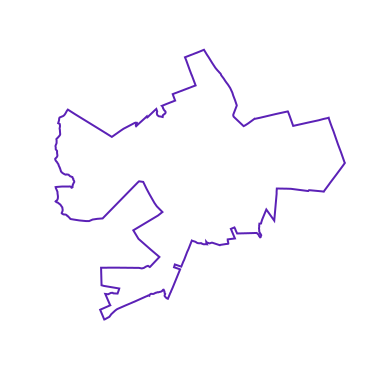 Botoroaga, Teleorman, Romania (orthographic projection), rotated 11°
{"feature_id": "2599482B64506943776635", "entity_name": "Botoroaga", "entity_type": "district", "adm_level": 2, "iso_a3": "ROU", "parent_name": "Romania", "parent_adm1": "Teleorman", "projection": "orthographic", "projection_center": [25.528, 44.138], "detail": "fine", "context": "isolated", "style": "outline", "palette": "violet", "viewbox_px": 384, "rotation_deg": 11, "n_neighbors": 0, "source": "geoboundaries", "source_scale": "gbopen_adm2", "svg_char_len": 5835}
<svg xmlns="http://www.w3.org/2000/svg" viewBox="0 0 384 384"><g transform="rotate(11 192 192)"><path d="M78.1,241.7L81.5,241.6L86.8,241.4L93.1,240.8L96.5,240.2L99.7,238.0L104.2,236.4L109.3,235.0L133.5,198.2L137.2,192.6L138.0,191.6L142.2,191.4L146.6,197.3L150.5,202.1L157.2,209.9L160.2,212.8L166.8,217.3L163.1,221.6L141.7,240.8L148.4,248.2L162.1,256.2L172.4,262.0L165.1,273.5L164.9,273.7L162.9,272.9L161.3,273.8L159.1,275.8L157.3,276.6L154.5,276.6L130.6,281.0L117.2,283.7L121.0,300.8L123.5,301.0L139.0,300.6L138.9,302.0L138.3,305.9L134.1,306.5L133.4,306.1L131.7,306.5L129.2,308.4L126.3,308.6L132.8,318.1L133.4,318.8L124.3,325.1L130.2,333.9L130.6,333.7L134.7,330.3L136.1,327.3L139.1,323.2L140.5,321.6L141.5,320.8L148.0,316.3L157.6,309.8L167.4,302.9L168.4,302.4L168.8,301.8L169.3,301.7L169.9,301.9L169.9,301.4L170.2,300.8L170.7,300.2L171.3,299.7L172.8,299.6L173.8,299.3L174.6,298.6L175.1,298.3L175.4,297.9L175.9,297.8L176.5,297.5L177.1,297.0L177.9,297.0L178.6,296.6L180.4,295.8L181.1,295.3L181.5,294.8L181.9,294.6L182.0,294.4L181.9,294.2L182.1,293.8L182.4,293.4L182.8,293.3L183.0,293.5L183.1,293.8L183.7,294.5L184.1,295.3L184.3,296.3L184.7,296.7L185.1,297.0L185.1,297.6L184.8,298.5L185.0,299.3L185.4,299.7L186.8,300.8L187.3,300.9L187.7,301.2L188.7,301.4L189.2,299.0L190.0,295.0L190.3,294.2L190.4,293.3L191.2,289.9L195.1,270.2L188.7,269.3L189.0,266.4L195.7,267.3L196.7,262.1L197.2,260.3L198.7,251.7L199.4,248.9L201.1,239.7L201.4,239.8L204.7,240.2L205.4,240.4L205.7,240.6L206.5,240.9L207.5,241.1L209.3,240.9L210.1,240.6L210.9,240.5L211.0,240.7L213.2,241.1L214.0,241.0L215.5,240.6L216.6,240.5L216.3,240.1L215.8,239.1L215.5,238.1L216.0,238.5L216.3,238.9L217.8,238.9L218.7,239.1L218.9,239.1L219.4,238.9L221.0,238.0L221.5,237.9L229.4,238.9L229.5,238.7L230.8,238.2L235.5,236.5L236.3,236.3L236.9,236.1L237.4,235.9L237.5,235.8L237.5,235.6L236.9,234.0L236.4,233.1L236.1,231.7L243.0,229.4L237.2,220.8L240.1,218.9L240.4,218.7L241.5,220.1L242.1,221.2L244.2,224.1L254.2,221.9L258.7,220.9L263.1,219.9L263.6,220.0L264.6,220.7L265.3,220.9L266.0,222.1L267.5,223.5L267.8,223.4L268.0,223.1L267.9,222.4L268.2,221.7L268.2,221.2L267.6,220.4L266.5,219.3L265.7,218.2L265.4,217.6L265.3,216.7L264.7,214.9L264.6,213.1L264.3,212.1L264.3,211.3L264.2,210.2L264.8,210.1L265.8,209.7L265.8,208.7L266.0,206.9L266.1,205.9L268.3,195.0L278.2,204.4L275.4,177.6L275.0,175.6L274.6,172.4L284.8,170.6L288.5,170.0L305.7,168.9L306.0,168.8L306.4,168.0L307.1,167.8L319.3,166.6L321.3,166.5L321.6,165.6L324.9,158.7L325.9,156.5L330.4,147.3L334.7,138.3L335.9,135.7L336.5,134.3L336.3,134.1L335.9,133.5L330.7,124.6L326.3,117.5L322.7,111.3L319.3,105.4L317.2,102.1L314.8,98.1L312.5,94.1L312.0,93.0L310.7,93.7L307.4,95.1L302.7,97.4L292.2,101.9L278.7,107.8L273.2,98.5L270.9,94.8L270.7,94.6L259.1,99.6L244.7,106.1L239.5,108.3L239.4,108.2L239.1,108.5L238.1,109.6L234.0,114.0L231.7,116.2L230.5,117.2L230.1,117.5L223.8,113.5L218.5,110.1L218.2,109.6L217.8,108.7L217.8,108.3L217.8,107.9L219.3,99.5L219.4,99.0L219.4,98.4L216.8,93.8L214.1,89.5L212.6,86.7L209.6,82.6L206.6,79.5L205.2,78.3L203.4,76.6L201.5,74.6L198.7,72.1L198.3,71.7L198.0,71.0L197.8,70.8L197.3,70.3L196.8,69.9L196.4,69.7L194.9,68.5L194.0,67.9L191.9,66.2L191.1,65.5L187.2,61.5L182.5,56.4L180.4,54.3L176.6,50.1L172.7,52.7L159.4,61.1L161.3,64.0L164.7,69.7L166.2,72.2L169.4,77.4L169.5,77.4L175.2,86.7L154.4,99.6L155.4,101.3L158.0,105.5L150.1,110.5L146.0,113.2L146.5,113.5L146.7,113.8L147.5,114.9L147.6,115.3L148.2,115.9L148.5,116.5L149.1,117.0L150.4,117.9L150.6,118.1L150.8,118.6L150.9,118.9L150.9,119.4L150.7,119.9L150.5,120.3L150.1,120.5L149.7,121.2L149.2,121.7L149.0,121.9L148.8,122.2L148.8,122.8L148.9,123.8L148.9,124.0L148.6,124.0L147.3,123.9L145.0,124.0L144.7,123.9L143.3,123.1L143.1,122.8L142.8,122.3L142.4,121.2L142.3,120.6L142.5,119.9L142.5,119.7L141.1,117.3L139.6,119.3L135.5,125.1L133.9,127.4L133.7,127.4L133.2,126.4L131.7,128.5L126.5,135.4L124.6,138.1L124.3,137.8L124.1,137.1L124.1,136.8L124.3,136.7L124.3,136.4L124.7,135.7L124.6,134.9L124.6,134.6L123.4,134.7L122.8,135.1L122.6,135.1L112.7,143.0L110.4,145.3L102.8,153.2L90.2,148.4L62.5,138.0L54.4,134.8L53.7,136.2L52.7,139.3L52.0,140.8L51.5,141.5L50.9,142.1L48.0,144.0L47.8,144.2L47.6,145.1L47.8,147.1L47.5,150.0L49.1,150.4L49.6,151.5L49.9,153.0L49.9,154.8L50.0,155.3L50.4,156.0L50.6,156.8L50.9,158.0L51.5,160.1L51.6,160.5L51.5,161.3L51.0,162.4L49.7,164.6L48.9,165.6L48.8,165.9L48.9,166.4L49.2,167.0L49.7,169.6L49.7,170.2L49.3,172.1L49.2,172.9L49.3,173.2L49.8,174.5L50.0,175.8L50.2,176.2L51.5,177.2L51.7,177.6L51.8,177.8L51.9,178.5L52.1,179.5L52.9,181.7L52.9,182.7L52.8,183.1L52.3,184.1L51.4,185.4L51.4,185.8L52.0,186.9L53.0,187.9L53.4,188.1L54.1,188.7L54.3,189.0L54.6,189.4L55.6,190.3L56.1,191.4L57.1,192.8L57.5,193.1L57.6,193.6L58.4,194.7L58.6,195.3L59.0,195.8L59.5,196.9L61.3,198.1L62.2,198.4L62.9,198.7L63.5,198.8L64.3,199.1L65.0,199.0L65.4,198.7L66.5,198.6L67.6,198.6L67.8,198.8L69.4,199.8L70.0,199.8L70.8,200.1L71.3,200.1L71.6,200.1L71.9,200.3L72.4,201.3L73.0,201.8L73.0,202.0L73.0,202.4L73.1,202.6L73.6,203.0L73.8,203.3L74.0,203.5L74.3,203.9L74.4,204.3L74.5,204.6L74.3,205.3L74.0,205.9L74.0,206.2L73.9,206.5L73.8,207.1L73.6,207.4L73.6,207.5L73.7,208.1L73.6,208.5L73.7,209.8L73.8,210.0L73.1,210.8L72.9,210.8L72.3,210.1L72.1,209.9L71.6,209.9L71.0,209.9L66.8,210.8L65.0,211.1L63.5,211.4L58.0,212.9L57.2,213.2L57.4,213.6L57.5,214.0L57.7,214.3L58.5,215.4L59.9,217.5L60.3,219.2L61.2,221.7L61.5,223.6L61.4,225.0L61.3,225.3L60.9,226.1L60.0,227.0L59.9,227.3L61.1,227.9L62.2,228.0L62.7,228.2L63.1,228.5L63.8,228.8L64.6,229.2L65.3,229.6L67.1,231.4L67.6,231.8L67.9,232.7L68.0,233.0L68.3,233.7L68.5,234.6L68.5,235.1L68.5,235.7L68.1,237.5L68.2,237.8L68.4,237.9L69.6,238.4L70.2,238.5L72.0,238.3L72.9,238.4L73.2,238.6L73.6,238.9L74.1,239.0L74.3,239.1L74.4,239.4L74.8,239.5L75.1,239.7L76.0,240.3L76.8,240.8L77.2,241.3L78.1,241.7Z" fill="none" stroke="#5b21b6" stroke-width="2"/></g></svg>